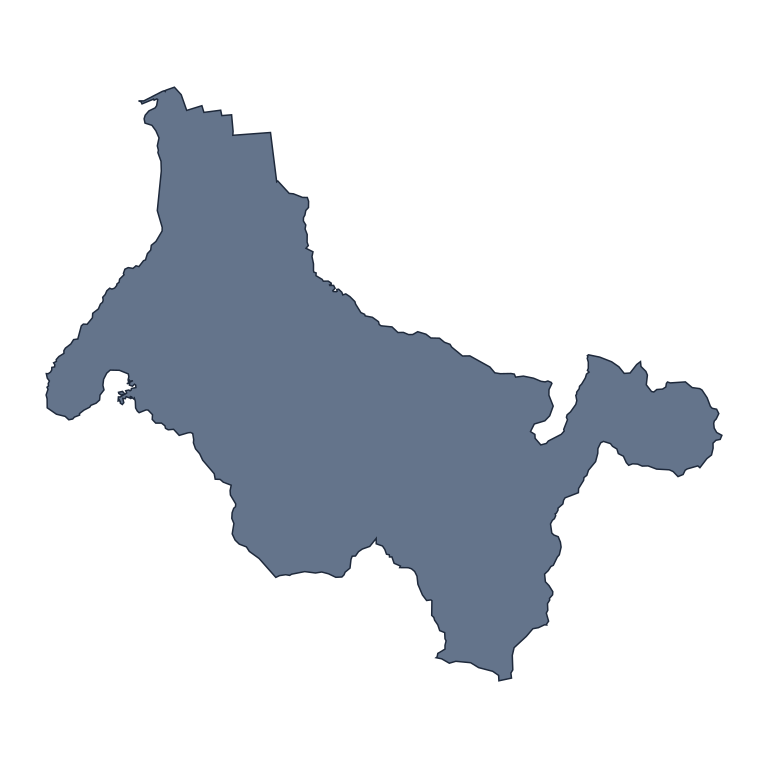 Sacele, Brasov, Romania
{"feature_id": "2599482B39032167315521", "entity_name": "Sacele", "entity_type": "district", "adm_level": 2, "iso_a3": "ROU", "parent_name": "Romania", "parent_adm1": "Brasov", "projection": "mercator", "projection_center": [25.764, 45.547], "detail": "fine", "context": "isolated", "style": "filled", "palette": "slate", "viewbox_px": 768, "rotation_deg": 0, "n_neighbors": 0, "source": "geoboundaries", "source_scale": "gbopen_adm2", "svg_char_len": 6067}
<svg xmlns="http://www.w3.org/2000/svg" viewBox="0 0 768 768"><path d="M511.5,678.1L510.9,673.0L512.8,669.9L512.3,655.4L514.1,647.7L526.4,636.3L532.9,628.7L538.4,627.7L544.5,624.8L546.8,625.0L546.6,624.0L548.6,621.2L546.3,613.1L547.8,610.3L547.5,603.6L549.7,600.1L549.5,598.3L552.6,594.8L552.8,591.7L549.0,585.6L545.4,581.8L544.6,574.1L548.2,570.7L550.9,566.5L553.3,565.3L557.3,557.1L559.3,554.8L561.1,547.1L560.4,542.1L558.2,536.7L553.9,535.0L551.8,533.0L550.5,523.9L552.4,520.3L554.4,518.7L555.7,515.7L555.2,513.7L556.4,513.1L558.0,510.2L558.0,508.2L562.9,503.9L563.6,500.2L565.1,497.8L578.4,492.7L578.6,488.5L583.6,480.4L584.0,477.5L586.8,475.4L588.5,470.2L595.6,461.6L597.8,453.3L597.9,448.6L600.7,442.8L603.4,441.4L610.5,443.6L612.5,446.3L616.9,449.0L618.3,453.6L623.4,456.2L626.3,462.6L628.7,465.3L632.6,463.8L637.6,464.1L642.2,466.1L648.1,465.9L656.6,469.1L669.3,469.8L673.2,471.6L678.0,476.6L683.1,474.5L685.2,470.2L687.3,468.9L697.8,465.9L699.9,467.7L706.9,458.6L711.5,455.0L713.1,448.2L713.0,443.2L715.9,440.3L720.2,439.4L721.9,435.3L716.7,432.5L714.2,428.1L713.7,423.4L714.3,421.0L716.2,419.0L718.8,413.6L716.6,409.2L712.2,408.3L710.4,406.4L707.1,397.7L702.0,390.0L699.7,388.6L692.2,387.6L685.4,381.9L670.3,382.9L667.5,382.0L666.4,383.4L665.8,387.0L662.5,389.1L656.8,389.5L653.8,392.0L651.5,391.5L646.3,384.8L647.4,375.1L645.9,371.4L641.0,366.5L640.5,361.6L636.7,364.5L630.1,373.0L624.2,373.4L618.9,366.8L611.7,361.8L599.7,357.1L588.5,354.8L587.3,355.7L587.9,356.9L587.2,358.2L588.3,362.1L588.3,368.4L587.4,370.4L589.0,372.1L586.5,374.1L585.3,378.0L581.7,384.0L579.5,386.3L579.2,388.7L576.7,392.1L576.6,394.2L575.8,395.3L576.8,400.6L575.8,404.4L570.5,411.9L567.1,414.8L566.4,417.3L567.5,419.7L563.7,429.4L564.2,431.0L561.3,434.3L548.3,441.0L546.4,443.4L540.8,444.9L535.1,438.3L534.9,434.4L530.5,431.6L534.3,424.0L544.9,420.8L549.7,415.8L553.2,406.1L548.9,395.2L549.0,389.6L551.9,383.5L551.2,382.4L547.9,381.0L545.1,381.9L541.0,381.3L533.6,378.2L523.4,376.1L515.6,377.1L514.3,374.1L511.0,373.5L500.3,373.7L494.8,372.8L489.9,367.0L469.9,355.9L462.5,356.0L451.7,347.1L450.0,344.3L444.5,342.3L439.5,338.2L430.9,338.0L426.0,334.2L417.7,331.7L412.8,334.5L408.6,334.6L403.4,332.4L397.9,332.5L392.0,326.9L381.1,325.8L379.2,324.5L378.5,321.7L372.4,317.3L365.2,315.9L364.6,314.3L360.9,312.6L355.6,304.1L354.9,301.6L349.9,296.6L345.8,293.9L342.8,294.9L341.8,292.2L338.6,289.2L336.8,289.5L337.1,291.3L336.3,291.7L333.2,291.5L332.8,290.6L335.1,288.3L333.6,285.4L329.8,285.5L329.5,284.9L331.3,284.0L331.1,283.0L328.2,281.1L323.3,281.2L322.2,279.4L316.0,275.7L316.1,272.9L314.0,272.2L313.5,270.8L313.5,263.9L312.0,256.6L313.0,251.8L306.0,248.3L308.3,245.6L307.1,242.2L307.2,234.5L305.1,229.0L305.8,225.0L303.4,221.0L303.5,217.6L304.9,215.1L305.8,210.5L308.5,207.5L308.6,201.3L307.3,197.5L302.5,197.4L293.4,193.8L289.2,193.4L277.8,181.0L276.7,181.8L270.5,132.5L232.8,135.3L233.1,131.4L231.6,114.8L221.8,115.6L220.7,110.2L203.9,112.4L201.9,105.7L186.7,110.4L181.2,94.7L174.4,87.2L165.8,90.2L165.2,91.5L164.4,90.7L162.3,91.4L143.8,100.9L138.5,100.9L141.0,101.7L142.0,103.9L153.6,99.1L154.1,100.2L156.8,98.9L157.7,99.5L156.6,105.7L155.1,107.9L148.9,110.9L145.2,115.2L144.1,118.8L145.0,123.1L151.9,125.3L155.9,130.8L159.0,137.9L157.3,145.9L158.4,150.2L157.9,152.6L161.0,161.3L161.3,171.0L157.3,210.6L162.2,227.4L162.1,231.0L155.9,241.5L151.3,245.3L150.7,250.1L147.4,253.6L145.5,259.9L143.5,260.7L138.9,266.6L136.0,265.8L133.0,268.4L128.2,267.6L124.9,269.2L123.4,273.4L124.0,274.8L119.6,279.1L119.1,282.2L116.9,284.0L116.7,285.5L114.6,288.1L111.9,289.1L109.7,288.2L106.8,290.8L105.2,294.5L102.7,297.3L103.2,300.2L102.5,302.3L100.4,304.1L98.4,308.9L92.7,313.3L92.4,317.8L87.1,324.3L83.3,324.1L81.3,325.9L77.8,339.0L73.6,339.6L70.8,344.0L65.4,348.1L63.9,350.6L63.9,353.4L58.9,356.5L56.2,359.6L56.4,361.4L53.6,362.8L54.8,364.7L54.6,366.9L51.8,367.4L51.7,370.1L50.4,372.2L48.2,373.7L46.3,373.6L47.3,378.2L49.4,381.0L48.2,383.5L48.5,385.9L47.0,387.2L48.0,389.3L46.1,395.0L47.1,398.8L47.2,407.8L56.4,414.2L65.2,416.4L68.8,419.8L72.7,419.0L74.4,417.1L79.6,415.1L79.5,413.6L84.0,410.1L89.7,407.2L90.9,405.3L96.1,403.2L99.6,400.0L100.0,395.1L104.0,389.9L102.9,385.3L103.6,379.3L106.7,373.2L110.2,370.1L119.4,370.3L128.3,373.9L128.8,376.8L128.1,379.7L128.2,380.5L129.0,380.2L128.7,381.3L132.9,380.7L126.8,383.7L129.6,383.2L129.4,385.1L132.4,386.2L134.5,384.2L135.7,385.1L135.9,387.6L131.4,388.5L131.2,390.0L130.0,390.8L128.9,390.0L125.7,390.7L126.7,393.0L125.0,394.2L122.5,391.4L118.5,392.3L118.8,393.5L121.3,395.1L122.4,394.6L123.7,394.8L120.2,397.0L118.4,396.9L118.1,400.7L119.1,400.0L119.0,401.0L120.2,401.2L120.3,403.1L122.3,404.5L123.8,402.7L122.8,398.4L125.3,398.7L126.2,396.7L129.7,398.0L130.4,396.5L131.1,396.7L130.3,397.4L130.9,398.5L132.1,397.7L133.6,398.9L134.3,398.0L135.3,401.2L135.6,408.0L137.4,411.2L139.1,412.7L146.1,409.9L148.1,410.1L152.5,414.7L152.2,419.4L155.7,423.1L161.5,423.1L164.9,425.8L165.5,428.3L168.2,429.8L173.6,429.3L179.2,435.4L188.0,432.8L190.6,432.5L192.7,433.5L193.7,439.6L193.4,442.8L195.5,448.8L199.7,453.8L202.7,460.2L214.2,473.7L215.2,479.2L220.1,479.4L223.3,482.2L231.2,485.2L230.1,490.6L230.4,495.0L235.7,503.9L235.5,506.7L233.7,508.3L232.1,512.8L231.8,518.4L233.9,523.5L232.2,533.9L235.1,540.1L239.2,544.1L246.4,546.9L249.3,551.4L259.1,558.5L275.8,577.4L279.6,575.6L285.7,574.7L289.7,575.4L291.6,574.2L304.7,571.6L315.5,573.0L321.7,572.0L328.5,573.8L335.8,577.3L341.9,577.0L344.0,574.9L345.1,572.2L350.0,568.1L351.0,559.4L352.2,556.2L355.5,556.0L358.5,551.7L362.4,549.0L369.8,546.4L376.2,538.4L376.2,543.8L382.5,546.0L384.8,549.4L386.5,554.2L389.3,554.8L389.5,557.0L391.9,556.9L394.1,563.3L400.4,566.0L399.7,567.6L408.2,567.7L411.5,568.8L414.7,571.5L417.0,576.2L417.9,584.3L422.4,594.9L426.6,600.5L430.8,599.9L431.9,600.7L431.7,615.4L433.8,617.4L434.6,620.2L437.8,624.9L439.7,630.6L444.7,632.6L445.0,638.8L446.1,640.8L445.0,645.3L445.0,649.1L437.8,653.4L437.1,656.9L436.1,657.7L441.6,658.8L449.3,663.2L455.8,661.3L470.6,662.7L478.6,667.6L492.7,671.3L498.6,675.4L498.9,680.8L511.5,678.1Z" fill="#64748b" stroke="#1e293b" stroke-width="1.5"/></svg>